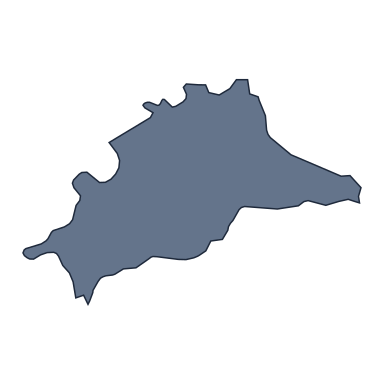 the border of Málaga
{"feature_id": "ESP-5834", "entity_name": "Málaga", "entity_type": "Autonomous Community", "adm_level": 1, "iso_a3": "ESP", "parent_name": "Spain", "parent_adm1": "", "projection": "albers", "projection_center": [-4.853, 36.787], "detail": "fine", "context": "isolated", "style": "filled", "palette": "slate", "viewbox_px": 384, "rotation_deg": 0, "n_neighbors": 0, "source": "natural_earth", "source_scale": "10m", "svg_char_len": 1589}
<svg xmlns="http://www.w3.org/2000/svg" viewBox="0 0 384 384"><path d="M359.5,202.9L354.6,201.4L348.2,199.3L338.9,201.4L325.8,205.3L308.1,200.6L303.9,201.6L298.4,205.8L282.5,208.2L277.4,209.0L244.6,206.5L241.4,207.5L239.1,209.6L234.0,218.6L232.9,220.5L230.5,223.2L228.5,226.6L227.8,230.3L222.4,239.4L210.8,241.0L205.8,250.9L199.4,255.2L197.7,256.2L193.8,257.8L186.0,259.6L178.3,259.4L157.0,256.7L152.9,256.5L151.1,257.1L149.0,258.7L136.0,267.8L123.4,268.9L114.9,274.2L112.6,275.0L105.8,275.8L102.9,276.8L100.5,278.2L98.1,281.4L93.0,290.4L92.8,292.6L89.7,300.9L88.0,304.3L83.6,295.2L75.8,297.9L73.1,281.8L69.4,272.9L62.8,265.5L58.5,256.1L56.5,253.5L53.7,252.3L47.1,252.6L40.5,254.9L33.6,259.1L29.7,259.0L27.1,257.7L24.4,255.6L23.0,252.9L24.2,249.9L25.9,248.6L41.3,243.9L46.0,240.9L48.0,238.7L51.4,232.4L53.2,230.6L64.4,226.9L69.6,223.7L72.6,219.7L76.1,205.4L79.8,200.5L80.5,195.8L74.0,187.8L72.4,183.2L73.6,180.0L79.2,174.2L81.8,172.5L86.9,172.2L99.5,182.5L105.4,182.3L111.0,179.2L115.7,174.0L118.9,167.8L119.6,160.5L117.3,153.5L109.1,142.5L150.4,117.6L153.0,112.7L144.9,107.9L143.0,105.3L143.4,104.5L143.9,103.9L145.1,103.0L147.3,102.3L149.6,102.3L157.4,105.4L158.9,105.2L160.4,103.6L161.9,100.4L162.9,99.3L164.4,99.5L172.3,107.1L175.8,106.3L183.0,101.9L186.0,98.6L186.5,94.3L183.4,87.3L186.3,84.0L198.4,84.8L205.6,84.9L208.8,92.6L219.2,95.0L229.9,88.6L236.4,79.7L247.6,79.7L249.7,93.9L258.1,96.8L259.2,100.5L265.4,115.7L266.6,130.2L268.0,134.4L270.3,137.6L291.0,154.8L341.1,176.2L350.0,175.6L361.0,187.7L358.5,196.3L359.5,202.9Z" fill="#64748b" stroke="#1e293b" stroke-width="1.5"/></svg>